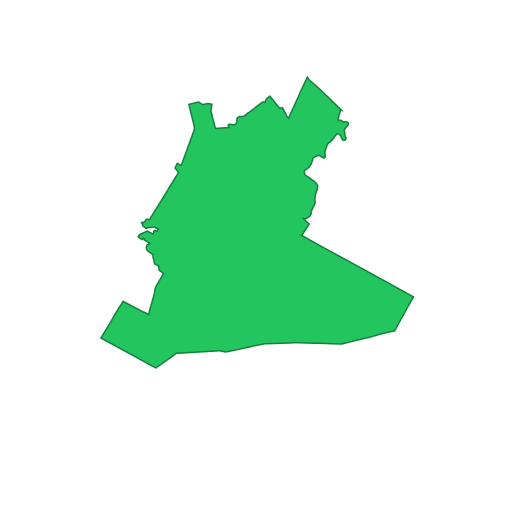 outline of Becicherecu Mic, Timis, Romania, rotated 223°
{"feature_id": "2599482B19293630828144", "entity_name": "Becicherecu Mic", "entity_type": "district", "adm_level": 2, "iso_a3": "ROU", "parent_name": "Romania", "parent_adm1": "Timis", "projection": "albers", "projection_center": [21.043, 45.839], "detail": "fine", "context": "isolated", "style": "filled", "palette": "green", "viewbox_px": 512, "rotation_deg": 223, "n_neighbors": 0, "source": "geoboundaries", "source_scale": "gbopen_adm2", "svg_char_len": 5987}
<svg xmlns="http://www.w3.org/2000/svg" viewBox="0 0 512 512"><g transform="rotate(223 256 256)"><path d="M339.7,421.8L340.4,421.8L339.6,419.2L335.6,406.8L333.9,402.0L326.2,378.9L329.0,379.3L333.3,381.1L334.7,381.3L335.1,381.5L337.7,382.5L339.6,380.2L354.9,382.4L355.4,377.7L355.2,377.0L354.9,375.9L354.4,375.0L354.4,374.7L354.5,374.3L354.8,374.2L355.5,373.9L355.8,373.6L356.1,373.3L356.2,372.8L356.7,370.5L358.0,362.3L358.8,357.8L359.3,354.5L359.5,354.6L360.1,350.4L360.3,349.8L360.4,349.5L360.8,349.0L361.5,348.3L362.2,347.7L363.0,346.9L363.5,346.0L363.7,345.5L363.8,345.2L363.8,344.8L363.8,344.4L363.7,344.0L363.5,343.5L363.3,343.1L362.9,342.6L362.0,341.9L361.6,341.4L361.5,341.0L361.2,340.3L360.9,339.1L360.9,338.4L361.0,337.8L361.1,337.4L361.3,337.2L364.9,334.6L365.8,333.3L365.9,333.2L365.7,332.8L365.4,332.5L365.0,332.3L364.3,332.1L363.8,331.9L363.5,331.7L363.5,331.3L367.2,327.5L372.5,321.8L373.2,322.0L374.0,322.4L378.4,325.3L380.3,326.4L388.0,331.4L391.7,336.9L394.9,334.9L397.8,331.1L398.0,330.8L398.4,330.4L398.8,330.2L403.0,329.5L408.5,321.1L390.2,309.1L389.4,308.5L387.5,306.8L384.0,298.6L380.5,290.2L379.6,288.2L372.4,271.2L372.6,271.0L376.5,270.2L376.8,269.9L375.5,266.1L375.1,265.1L369.6,264.4L368.2,257.3L366.6,249.1L363.6,234.5L362.8,230.7L362.1,227.1L360.7,219.7L360.0,216.2L358.6,210.0L359.7,209.4L360.3,209.0L360.9,208.5L361.2,208.1L361.3,207.7L361.2,207.4L361.1,207.0L360.9,205.7L360.9,204.9L361.0,203.9L361.2,203.3L361.2,203.2L362.4,203.0L362.3,202.1L361.0,202.0L360.7,201.7L360.4,201.6L360.0,201.5L359.7,201.1L359.5,200.8L359.4,200.8L355.0,201.3L354.8,201.5L355.3,201.8L353.9,203.6L352.2,205.4L350.3,207.8L348.0,208.4L347.8,208.5L346.1,209.1L345.9,209.3L345.2,206.5L345.3,206.4L347.1,206.0L347.3,205.8L347.5,205.7L347.6,205.3L347.6,204.9L347.6,204.4L347.4,204.2L347.2,204.1L346.9,203.9L346.3,201.9L352.5,200.0L355.8,192.3L355.3,189.7L353.9,189.7L350.5,190.3L350.5,192.1L349.2,192.3L348.8,191.6L343.2,192.6L342.9,192.8L342.7,193.1L342.1,193.0L343.1,190.1L343.1,189.8L342.5,188.0L341.9,187.3L341.0,186.6L339.6,186.0L337.5,185.9L335.8,186.2L334.3,186.4L332.5,186.8L330.6,185.0L330.4,184.8L330.1,184.5L329.6,184.3L328.8,184.0L328.3,183.8L327.9,183.5L327.5,183.1L325.0,181.1L320.2,182.3L317.1,179.6L316.8,179.5L311.6,180.3L311.1,177.6L308.6,166.4L307.5,163.3L304.3,158.5L300.3,150.7L298.2,146.5L296.1,142.5L294.6,139.8L295.0,139.8L299.1,138.9L299.3,138.4L322.3,132.2L321.4,128.2L321.3,127.2L320.9,124.7L319.9,119.9L318.8,114.9L318.4,112.9L317.9,111.3L316.4,104.5L314.3,94.1L313.9,92.3L313.5,90.2L276.7,99.7L258.8,104.2L252.8,105.9L252.2,109.1L248.8,125.7L247.8,130.9L247.0,131.6L246.3,132.1L231.1,148.1L218.3,161.6L212.7,165.1L206.8,173.4L195.3,190.1L191.2,195.8L189.9,197.6L176.7,210.7L172.4,215.0L167.9,219.7L163.3,223.7L153.6,232.2L148.8,236.6L145.3,239.6L137.3,246.5L133.2,250.2L125.3,262.5L117.2,274.5L113.1,281.4L111.7,283.7L109.9,286.5L107.1,290.7L107.1,290.9L103.5,295.8L104.4,299.1L105.4,303.1L107.0,309.1L107.1,310.0L109.9,320.8L112.9,333.5L150.5,324.0L158.2,322.1L184.8,315.3L194.1,312.9L216.1,307.2L236.8,302.2L236.6,302.4L236.5,302.5L238.9,315.7L247.6,315.5L246.3,316.1L245.7,316.4L245.4,316.8L244.9,317.7L244.5,318.7L244.4,319.5L243.9,321.0L243.8,321.9L243.9,322.6L244.5,324.3L245.0,325.2L245.3,325.7L245.5,326.0L246.1,326.7L246.5,327.4L246.6,327.9L246.9,329.1L247.7,330.8L247.9,332.1L248.1,333.1L248.3,333.8L248.6,334.6L249.1,335.3L249.4,335.7L249.8,336.1L250.2,336.3L251.3,337.3L251.7,337.8L252.3,338.4L252.9,339.2L253.5,340.1L254.0,340.7L254.3,341.3L254.5,341.6L254.9,342.6L256.0,344.9L256.3,345.9L256.7,346.6L257.7,347.8L258.1,348.5L258.2,348.8L258.5,349.1L259.6,349.7L260.1,349.9L260.5,350.0L260.9,350.1L262.3,350.3L264.0,350.3L264.9,350.2L265.7,350.2L265.8,350.1L266.2,350.0L267.2,349.9L268.9,349.8L269.6,349.6L271.4,349.5L273.1,349.1L275.2,348.8L275.6,348.9L276.1,349.0L277.1,349.9L277.5,350.2L278.4,350.6L278.5,350.8L278.6,351.0L278.7,351.5L278.7,351.9L278.7,352.2L278.3,353.3L278.2,354.1L278.2,354.4L278.0,355.0L278.0,355.5L278.0,355.8L278.0,356.2L277.9,356.5L277.8,356.9L277.7,357.4L277.8,357.9L277.9,358.2L277.9,358.6L278.0,358.9L278.2,359.0L278.4,359.7L278.4,359.9L278.2,360.6L278.2,361.2L278.3,361.4L279.0,362.2L279.2,362.6L279.3,362.9L279.4,363.3L279.5,363.7L279.6,364.0L279.8,364.3L280.1,364.7L280.4,365.3L280.5,365.4L280.8,365.9L280.8,366.0L281.0,366.3L281.0,366.5L280.9,367.0L280.8,367.8L279.8,370.4L279.4,371.1L278.9,372.0L278.6,372.3L278.2,372.7L277.6,372.8L275.7,373.1L274.1,373.5L273.6,373.8L273.2,374.0L272.8,374.4L272.7,374.7L272.7,374.9L272.8,375.3L273.1,375.8L273.6,376.4L274.3,377.0L274.9,377.5L275.4,377.9L276.2,378.6L276.6,379.3L276.9,379.7L277.4,380.8L277.9,381.9L278.2,382.4L278.6,383.1L278.7,383.6L279.1,384.4L279.3,385.0L279.6,386.3L279.8,386.9L280.1,387.9L280.1,388.0L279.9,388.6L279.6,389.6L279.4,391.0L279.5,392.6L279.4,393.0L279.6,394.8L279.7,395.7L279.8,396.3L279.9,396.5L280.1,398.7L280.0,399.7L280.1,400.5L280.0,400.8L279.9,401.1L279.7,401.3L278.5,401.7L278.1,401.7L277.0,401.8L276.5,401.7L275.6,401.6L275.3,401.5L275.1,401.3L274.1,400.5L273.8,400.4L272.4,400.3L272.3,400.2L272.0,400.0L271.7,399.9L271.3,400.1L271.0,400.2L270.7,400.5L270.2,400.9L270.0,401.2L269.9,401.9L270.0,402.6L270.3,403.4L270.5,403.7L270.9,403.8L271.4,403.9L272.2,404.4L272.9,404.8L273.7,405.2L274.1,405.5L274.9,406.3L275.2,406.8L275.5,407.0L277.2,408.1L277.5,408.3L277.5,408.6L277.5,409.1L277.5,409.4L277.6,409.8L277.8,411.1L277.9,411.6L277.8,413.5L277.9,414.5L278.3,415.3L278.5,415.6L278.8,415.9L279.3,416.2L279.7,416.4L279.8,416.4L281.0,416.0L281.6,415.6L282.2,415.2L282.6,414.7L282.9,413.9L283.0,413.7L283.5,413.6L284.1,413.6L285.5,413.3L286.5,413.2L286.9,412.9L287.5,412.2L287.9,411.7L288.1,411.6L288.5,411.6L289.1,412.1L289.6,412.8L290.4,413.9L290.5,414.1L290.7,414.5L290.9,415.0L293.0,419.2L293.2,419.7L293.3,420.0L293.1,420.4L292.9,420.7L292.6,420.9L302.5,421.1L310.3,421.3L327.9,421.5L330.3,421.3L332.7,421.2L334.4,421.2L335.3,421.1L338.0,421.2L339.0,421.4L339.7,421.8Z" fill="#22c55e" stroke="#15803d" stroke-width="1.5"/></g></svg>